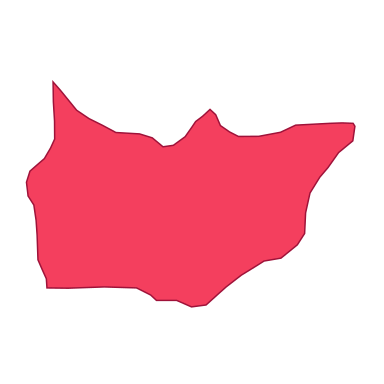 Söderhamn, Gävleborg, Sweden (Mercator projection), rotated 88°
{"feature_id": "70781695B37346954790486", "entity_name": "Söderhamn", "entity_type": "district", "adm_level": 2, "iso_a3": "SWE", "parent_name": "Sweden", "parent_adm1": "Gävleborg", "projection": "mercator", "projection_center": [16.889, 61.303], "detail": "fine", "context": "isolated", "style": "filled", "palette": "rose", "viewbox_px": 384, "rotation_deg": 88, "n_neighbors": 0, "source": "geoboundaries", "source_scale": "gbopen_adm2", "svg_char_len": 969}
<svg xmlns="http://www.w3.org/2000/svg" viewBox="0 0 384 384"><g transform="rotate(88 192 192)"><path d="M129.0,28.6L128.2,39.5L128.2,52.1L128.8,86.1L135.4,101.5L138.7,123.4L138.1,143.7L133.2,152.5L126.6,161.3L115.6,165.6L110.1,171.1L116.7,178.8L121.7,185.9L127.1,189.8L136.5,196.9L144.7,209.0L145.8,219.4L136.5,229.8L132.1,242.4L129.9,266.0L122.2,279.2L115.1,292.3L106.3,304.4L86.0,319.8L77.2,327.0L97.0,327.4L116.2,326.9L134.3,327.4L143.1,331.8L153.5,338.4L160.1,346.6L165.5,353.2L176.5,357.1L188.3,356.1L190.2,356.0L199.5,350.5L214.9,348.8L229.7,348.3L241.2,348.3L254.4,348.3L264.3,344.4L273.6,340.6L282.8,340.3L283.8,319.1L283.8,282.9L285.9,250.8L293.5,236.9L299.1,231.3L299.8,211.1L306.8,196.5L305.4,181.9L294.2,168.6L287.9,161.0L276.8,145.6L267.7,129.6L263.6,122.6L263.5,122.4L261.2,105.4L248.5,88.6L237.4,80.9L216.8,79.2L197.1,74.1L181.7,63.8L172.3,55.2L157.7,44.1L146.5,29.5L132.0,26.9L129.0,28.6Z" fill="#f43f5e" stroke="#9f1239" stroke-width="1.5"/></g></svg>